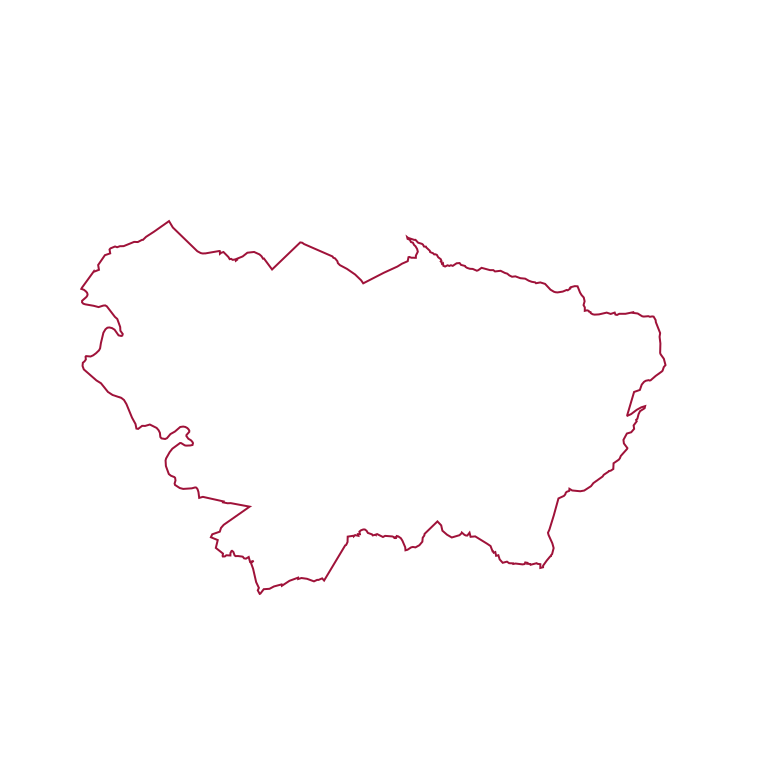 the district of Penjamillo, Michoacán, Mexico, rotated 250°
{"feature_id": "50627088B96550332403790", "entity_name": "Penjamillo", "entity_type": "district", "adm_level": 2, "iso_a3": "MEX", "parent_name": "Mexico", "parent_adm1": "Michoacán", "projection": "albers", "projection_center": [-101.903, 20.095], "detail": "fine", "context": "isolated", "style": "outline", "palette": "rose", "viewbox_px": 768, "rotation_deg": 250, "n_neighbors": 0, "source": "geoboundaries", "source_scale": "gbopen_adm2", "svg_char_len": 6166}
<svg xmlns="http://www.w3.org/2000/svg" viewBox="0 0 768 768"><g transform="rotate(250 384 384)"><path d="M340.2,171.4L339.9,175.2L328.5,193.1L327.8,192.3L325.4,196.3L324.5,199.2L314.7,215.8L306.5,185.2L304.5,181.6L301.4,179.2L301.5,171.2L299.2,168.9L294.2,174.4L287.5,169.9L279.7,174.7L277.6,173.5L277.0,173.6L276.4,175.5L277.0,177.2L275.4,181.0L277.7,181.9L279.3,183.7L279.2,184.2L277.7,185.0L274.0,185.0L273.0,185.7L272.3,187.9L270.4,191.6L270.0,192.2L268.0,192.9L267.1,194.5L267.7,197.7L262.6,197.3L262.4,201.0L261.3,197.8L255.2,197.8L241.5,196.1L235.2,196.7L233.3,194.8L229.3,195.4L229.3,196.1L232.3,200.8L230.7,206.4L231.4,211.3L230.7,219.2L229.3,219.0L231.4,227.9L231.4,237.0L230.1,236.6L229.9,240.1L227.3,245.0L222.5,250.7L222.8,254.2L222.3,255.4L222.5,259.4L219.8,260.5L245.6,292.3L245.7,293.4L248.0,295.7L253.0,297.7L251.8,303.6L251.2,303.5L251.9,305.2L250.1,308.0L251.8,308.2L251.1,310.0L253.7,310.4L254.4,312.4L254.4,314.8L253.9,316.2L252.1,317.4L249.6,317.9L246.8,321.3L245.6,321.6L245.3,324.3L244.8,324.7L245.3,325.0L245.3,326.2L240.6,330.7L240.9,333.1L237.9,339.7L237.0,340.7L235.7,341.1L235.3,342.0L235.2,342.5L236.2,342.7L236.1,343.9L236.7,344.1L235.9,345.3L233.3,347.1L230.5,347.7L223.3,348.1L220.4,347.3L220.2,349.4L221.2,353.6L221.0,355.4L219.7,357.7L220.4,362.1L222.7,366.1L226.3,367.8L227.8,370.0L229.3,370.9L236.6,387.2L231.6,389.4L226.2,388.7L220.8,391.7L216.6,395.2L216.1,403.2L217.2,405.8L217.8,406.3L214.6,408.1L213.6,409.2L213.1,410.5L215.0,413.5L210.8,413.1L209.6,417.6L198.6,426.3L195.3,428.7L189.7,428.8L189.7,429.2L187.9,429.4L188.0,431.1L184.2,430.6L184.0,432.9L179.6,432.7L175.4,434.4L175.0,438.8L172.8,440.3L171.3,444.0L170.7,443.9L170.3,446.2L167.1,452.5L166.7,454.6L168.0,455.7L166.9,457.6L166.1,457.1L164.8,459.9L164.0,459.9L163.4,466.2L162.6,466.6L161.2,469.3L157.7,468.0L157.4,470.8L158.9,471.4L162.4,476.5L165.2,481.3L165.2,482.1L166.1,482.6L166.7,483.8L171.8,487.3L176.7,487.7L185.8,487.0L188.1,487.2L190.7,489.7L202.3,498.5L216.8,508.8L217.3,514.8L218.2,516.5L219.5,517.5L220.2,518.7L220.2,521.5L222.1,522.4L219.6,524.4L216.1,531.7L215.4,535.7L217.2,543.6L219.3,546.9L222.3,557.8L223.5,559.4L224.9,565.1L225.3,565.5L225.0,567.4L225.7,570.4L231.0,572.6L232.6,578.8L233.5,580.2L235.4,581.9L239.9,590.3L240.5,590.8L246.1,589.1L249.6,589.9L254.4,595.3L254.1,599.8L256.3,603.7L259.7,604.4L262.5,608.7L264.0,608.6L264.7,610.2L268.6,612.9L270.9,615.3L272.1,620.6L273.9,621.8L274.1,617.8L273.3,612.7L271.2,605.9L270.9,601.9L271.4,601.8L291.0,616.3L290.9,622.4L295.3,626.0L297.1,629.1L297.5,631.1L297.1,634.0L296.4,634.8L296.3,635.8L298.7,642.1L300.7,649.2L301.2,650.3L304.2,652.7L305.5,655.0L312.0,655.6L317.3,654.1L318.7,654.1L327.6,657.6L334.1,659.1L337.4,660.9L349.1,660.6L351.2,661.1L355.1,660.4L355.8,659.1L356.2,656.9L357.3,655.6L358.5,651.2L359.3,649.8L363.5,646.5L365.9,641.8L366.3,642.2L367.4,634.8L369.5,629.1L369.2,626.6L370.1,625.2L372.2,625.2L372.3,621.0L374.9,617.7L375.9,609.8L377.2,605.5L378.2,603.9L379.9,602.5L380.8,602.7L381.9,601.4L382.8,601.3L383.8,600.0L384.1,597.7L387.3,598.9L389.9,598.5L393.1,600.8L397.0,601.3L399.9,600.1L402.8,599.5L409.6,599.3L410.7,596.8L411.1,592.4L410.6,591.6L410.0,591.7L409.2,588.7L409.9,587.8L409.7,583.6L410.7,578.4L411.5,576.7L412.5,575.3L415.7,572.7L423.0,569.6L426.0,565.6L426.7,561.3L427.8,560.8L429.5,557.8L431.6,555.3L434.7,552.7L436.8,548.3L440.2,544.3L441.0,541.0L443.2,538.9L445.5,537.6L447.0,535.6L450.5,532.3L451.8,526.8L453.6,525.7L454.8,522.5L459.8,515.4L458.7,511.5L458.7,510.0L461.8,506.7L462.9,504.1L464.6,501.9L466.1,500.7L467.2,500.5L469.6,497.1L471.8,496.4L472.6,493.5L471.5,489.0L472.7,487.5L472.6,485.8L473.8,484.3L473.5,481.6L474.8,480.2L477.3,480.7L477.1,479.6L478.6,479.7L479.7,479.3L479.9,480.1L481.9,480.0L484.5,478.3L487.3,477.8L488.4,476.5L488.6,475.5L490.1,474.8L492.2,472.5L493.6,472.6L497.9,470.4L498.7,470.4L499.5,468.6L501.6,468.3L502.7,467.6L505.1,464.4L508.7,462.9L509.1,461.7L513.1,456.6L514.1,456.0L512.3,455.8L510.7,457.6L508.2,457.9L506.9,459.5L504.4,459.8L502.7,460.7L499.5,461.3L496.7,461.0L493.8,457.9L491.7,457.1L493.3,452.9L494.7,451.3L494.8,450.4L491.3,448.3L490.9,442.1L489.8,436.8L488.6,422.0L485.7,398.9L489.2,398.0L496.8,394.3L504.8,388.6L510.8,383.2L513.4,382.0L515.3,382.2L517.3,381.5L518.9,380.9L519.9,379.6L521.5,379.2L542.9,356.7L544.7,355.5L545.7,353.7L529.9,318.0L543.0,314.1L543.1,313.2L546.0,312.6L548.4,311.3L552.5,307.1L554.1,300.5L552.2,294.8L552.0,288.3L551.0,288.5L550.5,286.9L551.9,287.1L552.4,284.3L553.9,283.1L554.1,281.7L556.6,281.2L562.9,278.3L563.0,275.8L562.5,274.4L565.0,275.2L565.3,274.8L567.8,260.9L568.7,258.2L569.7,256.6L572.6,254.0L603.3,239.1L610.6,237.7L605.8,220.0L603.7,210.8L601.9,206.8L602.2,205.9L601.6,201.2L603.0,197.8L602.6,186.5L603.8,182.9L603.8,180.0L605.2,178.3L605.0,173.4L604.3,172.1L600.4,171.4L600.5,165.8L593.6,156.1L588.8,155.2L588.7,150.0L589.2,150.0L577.8,133.1L576.9,132.1L575.2,134.2L573.1,135.5L571.3,136.2L569.6,136.1L568.5,135.4L567.5,134.0L565.5,128.8L564.0,128.2L562.3,128.9L561.0,130.6L556.8,137.9L553.9,142.1L553.7,147.0L553.2,148.9L551.8,150.1L539.1,154.1L536.4,155.6L527.8,155.6L524.2,154.5L520.3,155.6L519.0,154.6L519.0,153.5L520.5,151.2L527.2,149.4L529.6,147.5L531.1,145.2L531.5,143.3L530.7,141.0L528.2,137.9L519.3,132.0L514.6,129.4L513.1,127.7L511.4,123.9L510.4,120.5L510.2,117.7L512.1,113.6L511.7,112.9L509.0,112.2L507.7,110.3L507.0,108.3L504.1,106.9L500.4,106.9L485.7,115.0L481.5,118.3L470.9,121.9L466.5,125.2L460.8,132.4L457.9,134.2L453.2,135.1L438.6,135.7L431.4,136.8L426.8,136.1L425.9,137.6L427.4,142.4L426.3,145.2L426.0,150.1L420.5,155.3L417.6,156.4L414.7,156.7L410.7,155.7L409.0,156.3L407.2,159.5L407.3,161.5L410.0,166.2L410.8,171.2L413.3,177.8L412.7,180.7L411.6,182.6L409.9,184.1L408.3,184.8L406.8,185.1L405.6,184.6L403.6,180.9L402.7,180.5L399.5,181.4L397.2,183.3L395.3,184.1L393.8,184.3L392.2,183.2L392.5,180.9L393.8,176.9L394.5,175.8L397.8,173.2L398.3,172.2L395.6,163.0L393.3,159.3L388.6,153.8L386.9,152.6L381.5,151.0L373.0,151.0L370.7,152.4L368.2,155.2L367.2,155.6L364.7,155.1L362.1,153.2L360.6,153.1L356.1,156.5L354.1,159.4L351.7,167.7L351.4,171.2L350.8,172.2L348.9,172.8L346.0,172.7L340.2,171.4Z" fill="none" stroke="#9f1239" stroke-width="2"/></g></svg>